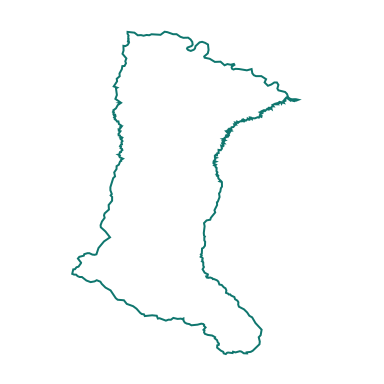 outline of Palmira, Valle del Cauca, Colombia, rotated 103°
{"feature_id": "7082276B49686436836196", "entity_name": "Palmira", "entity_type": "district", "adm_level": 2, "iso_a3": "COL", "parent_name": "Colombia", "parent_adm1": "Valle del Cauca", "projection": "equal_earth", "projection_center": [-76.236, 3.584], "detail": "fine", "context": "isolated", "style": "outline", "palette": "teal", "viewbox_px": 384, "rotation_deg": 103, "n_neighbors": 0, "source": "geoboundaries", "source_scale": "gbopen_adm2", "svg_char_len": 6017}
<svg xmlns="http://www.w3.org/2000/svg" viewBox="0 0 384 384"><g transform="rotate(103 192 192)"><path d="M336.9,102.1L335.9,102.6L334.6,98.9L333.0,97.1L325.2,92.0L322.5,92.3L318.5,94.3L316.1,92.9L310.5,93.2L305.4,100.7L300.6,105.2L299.7,108.3L297.0,111.1L294.6,115.0L293.2,120.5L291.2,121.7L289.0,122.0L287.6,123.4L286.8,125.9L284.8,127.1L284.1,130.5L283.2,131.8L283.6,133.1L282.9,134.0L282.6,136.2L280.1,136.4L278.3,137.7L277.7,139.6L275.9,142.1L276.0,144.5L273.3,146.2L272.4,147.9L271.9,151.0L272.2,152.1L271.5,152.7L271.2,154.9L272.0,156.9L272.0,158.4L271.0,159.2L270.3,158.0L268.7,158.0L267.8,161.5L264.9,164.3L262.4,163.5L261.4,164.4L258.1,165.2L257.3,166.6L256.8,166.1L255.8,166.8L254.7,166.5L253.8,167.0L253.2,169.0L251.6,168.3L250.8,169.3L249.8,168.6L244.8,169.5L243.8,168.3L241.4,167.3L237.5,168.0L236.4,169.1L233.4,169.8L232.6,169.4L231.7,170.5L229.3,171.3L222.5,172.0L219.6,173.3L216.4,171.4L214.9,168.0L212.8,167.8L206.7,164.8L204.7,166.0L199.0,164.6L196.4,165.4L195.7,164.7L190.7,164.0L187.4,165.3L185.2,164.5L181.9,164.7L180.0,164.0L175.6,165.1L175.4,167.3L174.6,166.5L172.9,169.3L171.3,169.9L170.8,170.9L170.2,170.4L169.7,171.8L169.2,171.2L168.2,172.1L167.0,171.7L166.1,172.9L163.0,173.4L162.7,174.4L161.5,174.8L161.1,176.2L160.0,175.0L159.3,177.5L158.4,177.7L157.0,175.5L156.7,177.6L154.8,176.7L153.8,177.2L153.1,176.0L152.8,177.4L151.7,177.9L150.4,177.3L150.5,175.9L148.7,176.2L148.0,174.8L145.0,175.6L144.8,173.4L143.0,172.6L140.4,173.9L140.6,172.2L139.9,171.7L138.1,173.3L137.5,171.5L136.6,173.2L135.9,172.4L135.3,173.4L134.2,171.4L133.5,174.0L132.7,172.1L131.9,172.4L130.4,170.4L129.8,171.6L128.9,171.4L128.7,170.0L129.6,169.3L128.3,168.7L127.6,169.3L126.3,168.9L126.9,169.9L125.5,171.9L125.3,169.6L124.8,169.3L124.4,170.5L123.6,168.0L123.0,169.7L122.4,168.1L121.8,169.4L121.3,168.1L120.0,168.0L119.4,166.3L117.6,165.4L116.6,166.1L116.4,164.2L114.6,165.6L114.4,163.2L113.3,163.7L113.4,162.1L112.1,160.7L112.0,159.8L110.1,159.2L109.7,158.4L110.3,157.9L111.6,158.5L111.5,157.1L110.1,156.7L110.5,154.8L110.0,155.4L108.9,154.6L108.8,153.4L108.0,153.8L108.4,152.3L107.6,152.3L107.5,151.6L106.3,152.3L106.2,151.3L107.4,149.9L106.5,149.8L106.1,147.3L104.4,144.9L104.5,143.6L102.9,143.2L103.2,141.3L102.3,141.3L102.3,142.0L101.0,143.1L99.7,141.6L99.0,143.7L98.5,142.9L98.8,142.2L97.9,142.4L97.7,140.6L96.7,139.9L96.6,141.0L96.0,140.2L96.5,138.9L94.6,137.8L94.5,136.3L93.9,136.7L93.7,135.8L93.4,136.6L92.6,136.1L92.5,134.8L93.2,133.2L91.8,133.9L90.3,132.8L90.2,132.0L89.2,133.2L88.1,131.9L87.4,128.7L86.8,129.9L85.8,128.0L86.2,127.6L85.9,127.0L85.4,126.9L85.3,127.6L84.5,127.0L84.5,125.6L85.6,124.7L84.4,124.5L84.5,122.7L83.8,123.4L82.6,122.1L82.4,123.0L81.3,121.9L81.0,122.6L78.7,121.3L80.9,116.3L79.9,115.1L80.5,114.1L80.4,112.6L79.6,112.3L79.7,111.3L78.2,109.1L78.2,111.6L79.2,115.7L79.0,117.8L78.1,119.6L75.1,121.5L73.6,123.8L73.5,130.7L72.0,132.1L68.2,131.9L66.2,133.9L66.8,136.5L69.4,138.9L71.4,141.9L68.9,145.9L65.4,145.2L63.5,150.5L64.7,155.7L64.3,158.0L62.8,159.9L58.8,161.6L61.1,165.9L61.6,173.8L62.2,177.3L63.3,179.2L62.9,180.7L61.8,181.4L60.8,181.4L58.6,179.3L57.8,180.0L59.3,182.9L59.4,186.3L61.2,188.8L58.6,193.5L60.1,199.0L58.2,204.7L58.3,209.9L57.2,210.6L53.4,207.8L49.9,207.8L44.7,209.6L43.7,212.9L43.4,215.9L44.5,218.3L49.1,221.4L51.5,221.4L53.0,222.3L54.8,224.9L54.5,227.7L53.5,229.1L52.3,228.9L49.9,225.3L48.3,224.5L45.7,225.5L43.7,227.7L42.5,230.5L43.7,235.1L43.4,238.2L41.7,242.5L42.5,245.9L41.8,251.9L42.0,254.7L45.9,258.0L47.4,266.9L48.9,269.0L49.2,271.6L50.6,274.3L50.6,277.0L51.5,280.1L49.7,283.9L50.5,290.8L52.3,290.4L54.0,288.9L55.2,289.1L57.0,288.2L57.3,288.6L59.4,287.5L59.4,288.3L59.9,288.3L60.2,287.3L61.0,287.1L63.1,287.8L64.8,289.7L65.0,291.7L69.6,290.5L73.0,290.8L76.6,286.0L79.6,286.4L81.4,285.3L84.4,286.1L85.0,288.2L88.2,288.0L92.8,289.3L95.5,288.5L98.6,290.8L101.0,289.9L106.7,292.0L107.2,288.4L108.1,289.4L114.4,287.0L118.5,287.6L120.8,281.8L121.5,283.1L121.6,281.7L124.0,283.9L127.6,284.9L130.0,287.0L130.7,286.5L131.8,287.0L132.4,285.9L133.7,286.2L134.6,285.2L134.1,284.2L134.9,283.8L135.4,284.6L135.9,283.8L137.0,284.6L137.6,283.5L138.5,283.6L139.1,282.0L140.2,280.9L139.8,279.6L142.2,278.5L143.1,276.0L144.3,276.4L144.0,275.3L147.2,276.7L147.4,277.6L148.8,277.1L148.9,275.4L152.0,276.7L153.3,276.2L153.2,274.9L154.1,274.4L154.7,272.1L155.7,272.5L155.9,273.6L156.5,272.9L156.5,274.1L156.8,272.5L158.1,271.2L159.4,271.9L161.3,271.0L161.7,271.8L163.5,272.4L163.7,271.4L165.3,271.5L165.8,269.9L166.8,269.3L167.4,270.0L169.0,270.1L169.4,271.2L171.8,271.3L172.2,272.2L172.7,270.5L173.7,270.8L174.4,270.2L175.1,266.8L176.8,268.4L177.7,268.0L178.5,269.0L181.8,269.4L183.8,271.3L186.6,270.7L190.4,272.2L194.1,270.5L196.2,271.9L205.7,272.6L208.7,271.9L212.0,269.7L213.6,270.5L214.8,268.7L218.5,267.9L223.4,270.3L227.8,269.0L232.5,272.3L234.5,272.5L236.8,271.3L241.0,273.1L244.9,273.6L246.9,272.9L249.9,267.5L254.6,261.7L259.9,266.6L267.6,270.5L274.2,271.1L275.1,272.7L275.4,275.0L274.7,278.3L275.2,280.2L276.8,283.0L278.4,283.1L280.5,287.2L282.5,288.2L285.8,284.2L286.4,284.2L290.3,285.8L291.3,287.6L293.6,288.7L294.1,290.3L298.7,290.3L299.0,288.4L298.6,286.3L299.7,284.6L300.1,282.5L299.6,280.1L302.0,275.0L302.6,270.5L301.0,266.8L299.4,265.0L300.0,261.1L301.8,259.3L304.6,254.8L306.2,249.2L312.6,242.4L313.7,240.2L312.8,234.0L315.7,230.4L316.5,223.7L318.2,219.8L321.4,215.3L322.2,213.5L322.0,211.3L323.5,210.1L321.1,203.1L320.5,198.5L323.0,196.8L322.3,195.2L323.2,188.5L321.7,186.2L321.2,183.8L318.9,181.9L318.9,177.5L317.9,174.4L318.0,172.9L317.2,171.9L319.1,171.4L320.8,169.7L321.4,167.6L321.3,164.9L322.0,162.6L320.0,156.7L318.2,153.3L318.1,151.4L318.7,150.3L319.7,150.3L320.9,148.3L323.7,149.8L324.1,148.7L326.0,148.7L327.3,147.5L327.7,144.4L327.3,140.1L328.3,136.8L329.5,136.9L330.7,134.3L332.8,133.0L333.6,131.7L334.9,131.5L335.7,132.9L338.0,132.5L340.1,128.2L340.7,125.6L342.1,124.8L342.3,122.6L340.8,121.7L340.3,120.7L339.8,116.2L338.4,116.1L338.5,113.5L336.4,109.6L336.4,107.9L337.5,105.3L336.9,102.1Z" fill="none" stroke="#0f766e" stroke-width="2"/></g></svg>